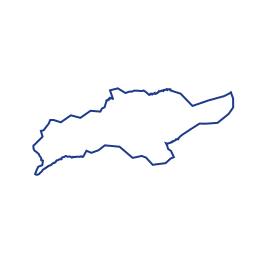 outline of Ixtamir, Arhangay, Mongolia, rotated 46°
{"feature_id": "93677404B6995675757319", "entity_name": "Ixtamir", "entity_type": "district", "adm_level": 2, "iso_a3": "MNG", "parent_name": "Mongolia", "parent_adm1": "Arhangay", "projection": "albers", "projection_center": [100.859, 47.539], "detail": "fine", "context": "isolated", "style": "outline", "palette": "blue", "viewbox_px": 256, "rotation_deg": 46, "n_neighbors": 0, "source": "geoboundaries", "source_scale": "gbopen_adm2", "svg_char_len": 4918}
<svg xmlns="http://www.w3.org/2000/svg" viewBox="0 0 256 256"><g transform="rotate(46 128 128)"><path d="M186.5,60.0L187.8,45.8L186.3,38.1L179.8,31.9L173.8,29.2L173.6,31.1L171.8,36.8L163.9,51.3L156.9,66.3L139.8,66.3L130.6,71.3L129.8,70.6L129.7,70.7L129.4,70.9L129.0,71.1L129.0,71.3L129.0,71.5L128.8,71.8L128.4,72.2L128.0,72.2L127.9,72.3L128.0,72.3L128.0,72.5L128.0,72.8L127.8,72.7L127.7,72.8L127.5,73.0L127.3,73.1L127.3,73.3L127.2,73.8L126.9,73.7L126.9,73.8L126.9,74.1L126.7,74.4L126.5,74.5L126.2,74.8L126.0,75.6L125.8,75.6L125.7,75.9L125.8,76.2L125.5,76.2L125.5,76.3L125.5,76.6L125.6,76.8L125.4,76.8L125.2,76.9L125.1,77.0L124.8,77.3L124.9,77.5L124.6,77.7L124.6,77.9L124.5,78.0L124.4,78.2L124.5,78.4L124.4,78.5L124.2,78.7L124.0,79.2L123.7,79.3L123.7,79.5L123.6,80.3L123.5,80.5L123.4,80.6L123.2,80.6L123.3,80.8L123.1,81.1L123.3,81.5L123.3,81.9L123.3,82.2L123.1,82.4L123.1,82.5L123.2,82.8L123.1,83.0L122.9,83.4L122.7,83.5L122.8,83.9L122.8,84.0L122.7,84.2L122.6,84.5L122.2,84.5L121.8,84.8L121.7,84.9L121.7,85.1L121.5,85.3L121.4,85.2L121.4,85.3L121.3,85.5L121.1,85.6L120.9,85.9L121.0,86.0L120.8,86.2L120.8,86.3L120.7,86.5L120.4,86.8L120.2,86.9L120.1,87.1L119.9,87.1L119.8,87.4L119.8,87.5L119.3,87.6L119.3,87.8L119.6,87.9L119.4,88.0L119.3,88.3L119.2,88.5L119.3,88.7L119.3,88.8L119.2,88.9L119.0,89.0L118.9,89.0L118.9,89.3L118.9,89.5L119.0,89.6L118.9,89.8L114.8,90.1L111.9,90.7L111.1,92.3L108.0,95.1L105.5,97.5L104.5,100.0L102.9,101.5L101.1,105.5L92.4,107.8L88.4,114.8L96.5,118.5L96.4,118.8L96.1,118.9L95.7,118.9L95.4,119.0L95.2,118.9L94.9,118.9L94.9,119.1L94.7,119.3L94.5,119.5L94.5,119.8L94.3,119.9L94.3,120.0L94.2,120.1L93.9,120.1L94.0,120.4L93.9,120.5L94.0,120.7L94.0,120.8L93.9,120.9L94.0,121.0L93.9,121.1L93.8,121.4L93.9,121.5L94.0,121.5L93.8,121.9L93.9,122.1L94.0,122.0L94.0,122.3L93.8,122.6L93.7,122.7L93.9,122.6L94.0,122.6L93.9,122.8L93.8,123.0L93.7,123.2L93.5,123.3L93.5,123.5L93.9,123.5L94.0,123.6L93.9,123.8L93.6,124.1L93.3,124.2L93.2,124.3L93.4,124.6L93.5,124.6L96.8,130.4L95.9,133.2L97.0,136.5L89.6,143.0L87.6,155.2L79.2,160.3L77.2,172.4L70.5,176.0L68.2,178.4L69.8,182.0L71.0,190.3L69.6,192.7L74.9,195.5L75.1,206.8L74.9,207.6L75.1,208.4L75.2,208.7L76.3,209.4L77.1,210.2L78.0,210.6L78.6,210.8L79.1,210.9L79.9,210.9L80.5,210.8L81.4,210.5L85.0,210.3L85.3,210.4L85.9,210.7L86.4,210.9L86.7,211.0L87.8,211.1L88.7,211.2L89.7,211.5L90.0,211.8L90.2,212.3L90.4,212.5L90.8,212.7L91.1,212.8L91.3,212.6L91.7,212.2L92.0,211.9L92.4,211.8L95.2,215.5L93.5,219.5L95.0,223.4L96.6,226.8L97.8,226.5L98.4,226.0L98.9,225.2L99.1,224.7L99.4,223.7L99.2,222.7L99.3,221.6L99.3,221.3L99.3,221.2L99.4,220.8L99.3,220.3L99.2,219.9L99.2,219.4L99.1,219.0L99.0,218.6L98.9,217.9L98.9,217.7L99.1,217.2L99.2,216.9L99.3,216.6L99.2,216.1L99.3,215.9L99.6,215.5L99.7,214.8L99.5,214.7L99.6,214.3L99.7,213.5L99.9,213.3L100.0,213.2L100.0,212.9L100.1,212.6L100.0,212.3L99.9,212.3L99.9,212.0L99.9,211.9L100.1,211.5L100.2,211.3L100.2,211.0L100.4,210.8L100.7,210.2L101.0,209.8L101.0,209.7L101.0,209.3L101.0,209.2L101.1,208.9L101.1,208.7L101.3,208.2L101.2,207.8L101.1,207.7L101.0,207.3L101.4,206.3L101.5,206.0L101.5,205.8L101.8,205.5L101.6,205.2L102.1,204.5L102.3,204.1L102.1,203.4L102.1,203.2L102.0,202.9L101.9,202.7L101.9,202.4L101.7,202.2L101.7,201.9L101.9,201.5L102.2,201.2L102.4,201.0L102.7,200.3L102.7,199.9L102.7,199.6L103.0,198.8L103.2,198.6L103.4,198.5L103.8,198.2L103.9,197.9L104.1,197.8L104.2,197.4L103.9,197.2L103.6,197.0L103.4,196.6L103.4,196.1L103.6,195.5L103.8,195.2L104.0,194.8L104.1,194.5L104.5,194.1L104.6,193.7L104.6,193.4L104.7,192.9L104.7,192.4L104.8,192.3L105.0,192.1L105.3,192.0L105.9,191.8L106.3,191.7L107.2,190.8L107.5,190.3L107.6,190.1L107.9,190.0L108.1,189.7L108.5,189.5L108.7,189.3L109.0,189.1L109.9,189.2L110.0,189.1L110.3,188.9L110.4,188.7L110.5,188.6L110.6,188.3L110.6,188.1L110.5,187.7L110.9,187.2L111.4,187.0L111.4,186.7L111.5,186.6L112.0,186.4L112.5,185.5L112.8,185.4L113.4,184.3L113.6,184.1L114.5,183.5L114.7,183.3L114.7,183.2L115.1,182.8L115.2,182.6L115.3,182.2L115.5,181.8L116.0,181.6L116.0,181.4L116.1,181.2L116.7,181.2L116.8,181.0L116.8,180.9L117.1,180.8L117.1,180.6L117.4,180.3L117.5,180.1L115.5,173.7L120.4,171.6L123.5,164.7L124.4,156.7L132.1,150.1L135.6,147.1L152.7,145.4L157.7,137.5L161.8,135.6L171.7,135.8L173.6,133.1L179.4,125.4L179.6,118.6L180.8,115.2L174.3,113.0L170.9,113.7L167.7,112.0L165.4,111.3L165.6,111.2L165.8,111.0L166.1,110.7L166.4,110.5L166.7,110.2L167.0,110.0L167.1,109.9L167.3,109.4L167.3,109.0L167.6,108.8L167.7,108.3L167.9,108.0L168.0,107.8L168.1,107.5L168.2,107.4L168.1,107.1L168.7,106.5L168.8,106.2L168.9,105.7L168.5,105.5L168.6,105.3L168.6,105.1L168.8,105.0L168.8,104.8L168.9,104.5L169.0,104.3L169.1,104.0L169.3,103.9L169.4,103.5L169.6,103.1L169.6,102.7L169.5,102.2L169.6,101.9L169.5,101.6L169.5,101.4L170.0,101.3L170.1,101.2L170.2,100.3L170.5,100.0L170.9,99.7L170.5,99.3L170.4,99.0L170.4,94.7L172.3,84.3L174.5,73.5L178.9,69.1L186.5,60.0Z" fill="none" stroke="#1e3a8a" stroke-width="2"/></g></svg>